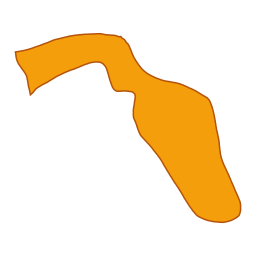 the district of Wadi Al Ayn, Hadramawt, Yemen
{"feature_id": "15242507B59999910917568", "entity_name": "Wadi Al Ayn", "entity_type": "district", "adm_level": 2, "iso_a3": "YEM", "parent_name": "Yemen", "parent_adm1": "Hadramawt", "projection": "albers", "projection_center": [48.371, 15.441], "detail": "fine", "context": "isolated", "style": "filled", "palette": "amber", "viewbox_px": 256, "rotation_deg": 0, "n_neighbors": 0, "source": "geoboundaries", "source_scale": "gbopen_adm2", "svg_char_len": 5567}
<svg xmlns="http://www.w3.org/2000/svg" viewBox="0 0 256 256"><path d="M236.4,193.1L235.5,191.3L234.8,189.5L234.6,189.0L234.1,187.8L233.6,186.5L233.4,186.0L232.5,184.1L231.8,182.5L231.0,180.7L230.3,178.8L229.4,176.9L228.6,174.8L227.7,173.0L226.7,170.9L225.9,169.1L225.4,168.1L225.0,167.2L224.0,165.1L223.2,163.2L222.5,161.4L222.1,160.4L221.8,159.4L221.2,157.4L220.7,155.4L220.3,153.3L220.1,151.4L219.9,150.2L219.8,149.6L219.8,148.9L219.7,147.8L219.4,146.0L219.3,144.2L219.1,142.2L218.8,140.2L218.6,139.0L218.4,138.0L218.2,137.1L218.0,136.1L217.8,135.0L217.5,133.7L217.4,133.2L217.1,131.8L216.5,129.6L216.3,127.8L215.9,126.0L215.8,124.9L215.7,124.2L215.3,121.8L214.9,119.6L214.7,118.2L214.6,117.6L214.2,115.9L214.2,115.6L213.8,113.7L213.6,113.1L213.4,112.1L212.8,109.7L212.2,107.4L211.4,105.2L210.8,103.6L210.1,101.7L209.0,99.8L207.7,98.4L207.5,98.1L206.0,97.1L205.6,96.9L204.5,96.2L202.9,95.4L202.3,95.0L201.7,94.6L200.5,93.9L199.6,93.3L198.7,92.8L197.9,92.2L197.0,91.7L195.4,90.8L194.4,90.3L193.5,89.8L191.4,88.8L189.1,87.9L187.6,87.1L185.4,86.1L183.8,85.4L182.1,84.7L180.3,84.0L179.0,83.6L178.6,83.5L178.0,83.3L177.3,83.2L176.4,83.0L174.6,82.6L172.7,82.3L171.0,82.0L170.9,81.9L170.1,81.8L168.6,81.5L166.5,81.2L165.9,81.1L164.6,80.9L162.7,80.3L160.9,79.8L160.2,79.5L158.9,79.1L157.0,78.3L156.3,78.1L154.6,77.4L152.6,76.4L151.2,75.7L150.5,75.4L150.1,75.1L148.8,74.4L146.9,73.2L145.3,72.0L143.8,70.7L141.9,68.9L140.6,67.4L139.8,66.3L139.6,66.0L139.3,65.7L138.7,64.9L138.3,64.4L137.8,63.6L137.3,62.8L136.0,61.0L135.9,60.7L134.8,58.9L133.6,56.8L132.6,54.6L132.3,53.8L131.7,52.5L131.5,51.8L131.2,50.9L130.4,49.1L130.3,48.9L129.5,46.9L129.0,45.8L128.6,45.1L127.7,43.6L126.3,42.5L125.7,41.3L124.5,39.7L121.9,37.9L121.6,37.7L121.3,37.3L121.1,37.0L121.0,36.9L121.0,36.7L120.9,36.5L120.7,36.5L120.1,36.6L119.7,36.7L119.4,36.7L118.5,36.7L118.0,36.5L117.5,36.2L115.7,35.6L113.9,35.3L112.0,35.2L110.3,35.1L108.6,34.9L108.1,34.9L106.4,34.8L105.9,34.7L104.5,34.5L102.2,34.0L100.5,33.7L99.9,33.7L98.8,33.7L96.7,33.8L94.7,33.9L92.4,34.0L90.6,34.0L88.7,34.1L88.4,34.2L86.5,34.2L85.7,34.3L84.5,34.3L82.8,34.5L82.3,34.5L80.5,34.7L79.8,34.7L77.6,35.0L75.4,35.2L73.5,35.5L72.4,35.7L71.0,35.9L69.3,36.4L69.3,36.2L54.5,39.8L53.9,40.0L52.3,40.6L50.7,41.3L49.7,41.7L49.1,42.0L48.2,42.3L47.4,42.7L45.6,43.3L43.9,43.8L43.0,44.2L42.3,44.5L40.1,45.4L38.0,46.1L36.0,46.8L35.4,47.0L34.3,47.4L32.4,48.1L32.2,48.2L31.5,48.4L30.0,48.9L28.8,49.2L28.4,49.4L26.7,49.8L24.3,50.4L22.4,50.8L20.1,51.2L18.3,51.5L15.9,51.9L15.4,52.0L15.5,52.5L15.8,54.5L16.0,55.7L16.0,56.3L16.4,58.4L16.9,60.2L17.3,61.2L17.7,62.3L18.5,63.7L18.5,63.8L19.8,65.7L20.5,66.7L20.9,67.3L21.2,67.7L22.0,68.9L22.4,69.3L23.2,70.5L23.9,71.4L24.3,72.0L25.2,73.4L26.2,75.2L26.9,77.0L27.2,78.8L27.6,80.6L27.9,82.6L27.9,82.8L28.2,84.3L28.5,86.5L28.7,87.1L29.1,88.5L29.2,89.0L29.5,90.3L29.7,91.3L29.9,92.1L30.1,93.2L30.3,94.4L30.4,94.8L31.5,93.8L31.7,93.7L33.1,92.4L34.4,90.7L35.7,89.1L37.1,88.0L37.8,87.5L38.6,87.0L40.1,86.1L41.8,85.0L43.4,84.2L45.2,83.3L47.2,82.3L48.6,81.4L49.2,81.0L50.5,80.2L52.3,79.1L54.0,78.1L55.4,77.2L57.4,76.1L59.1,75.3L60.3,74.7L61.1,74.3L63.3,73.3L64.0,72.9L65.3,72.3L67.1,71.6L68.8,70.9L70.6,70.1L72.7,69.5L74.4,68.9L76.3,68.1L77.8,67.5L78.4,67.3L80.2,66.5L81.9,65.8L83.5,65.1L85.6,64.3L87.6,63.7L89.6,62.9L91.7,62.5L93.4,62.1L95.5,62.0L96.8,62.0L97.2,62.0L99.0,62.1L100.0,62.3L100.8,62.5L102.4,63.3L103.7,64.5L103.8,64.6L105.2,66.2L105.7,67.0L106.2,67.8L106.8,69.5L107.2,70.5L107.4,71.4L107.9,73.0L108.6,75.4L109.2,77.7L109.7,79.4L110.3,81.3L110.6,82.1L110.9,82.9L111.1,83.5L111.7,85.2L112.4,87.0L113.5,88.8L114.2,89.5L115.0,90.2L116.4,91.1L118.1,91.2L118.6,91.2L120.0,91.2L121.7,91.1L122.9,91.0L123.5,90.9L125.1,91.0L125.9,91.0L126.4,91.0L128.2,91.2L129.2,91.4L130.1,91.5L131.5,91.7L132.2,91.8L132.5,92.0L133.6,92.8L134.8,94.1L135.2,95.8L135.2,97.3L135.2,97.6L134.9,99.9L134.6,101.3L134.5,102.1L134.4,102.6L134.3,104.0L133.9,106.2L133.5,108.4L133.3,110.4L133.4,112.3L133.3,114.2L133.4,116.2L133.7,118.1L134.4,119.6L134.5,119.8L135.2,121.4L136.0,123.4L136.1,123.6L136.6,125.0L137.0,126.4L137.2,127.0L137.8,128.9L138.6,130.9L138.8,131.5L139.1,132.1L139.5,133.1L140.1,134.3L140.3,134.7L141.3,136.1L141.4,136.3L142.5,137.5L143.9,139.0L144.9,140.1L145.1,140.3L145.4,140.6L146.3,141.5L147.7,143.1L149.4,144.9L150.9,146.7L152.3,148.4L153.4,149.9L154.2,150.9L154.7,151.5L155.9,153.1L157.3,154.7L158.3,156.2L159.4,157.6L159.7,158.0L160.4,159.1L161.4,160.6L162.3,162.2L162.4,162.3L163.1,163.6L164.2,165.6L165.2,167.2L165.8,168.2L166.3,169.0L166.8,169.8L167.2,170.6L168.1,172.0L169.2,173.8L170.4,175.9L171.5,177.4L172.5,179.2L173.2,180.3L173.4,180.6L174.7,182.7L175.1,183.2L176.0,184.5L176.6,185.4L177.0,186.0L178.3,187.9L179.5,189.9L180.5,191.4L181.7,193.4L182.9,195.4L183.7,197.0L184.7,198.6L186.0,200.6L186.8,201.9L188.1,204.0L189.0,205.3L189.5,206.1L189.9,206.8L190.5,207.5L191.5,208.9L191.6,209.0L193.0,211.0L193.5,211.6L194.5,212.7L196.0,214.5L197.3,215.7L198.6,216.6L198.9,216.8L199.4,217.0L200.7,217.6L201.7,218.1L202.7,218.5L203.8,219.0L204.2,219.2L205.9,219.8L207.7,220.4L210.0,220.9L211.5,221.2L212.0,221.3L212.4,221.4L213.9,221.7L215.9,221.8L217.8,222.0L219.5,222.2L221.5,222.3L223.3,222.3L224.7,222.1L225.4,222.0L225.6,221.9L227.5,221.5L229.6,220.9L231.3,220.4L232.8,219.6L233.6,219.2L234.5,218.8L236.0,217.9L237.5,216.8L238.1,216.3L238.2,216.2L239.0,215.5L239.7,213.9L240.0,212.8L240.2,212.0L240.6,210.2L240.6,208.2L240.6,206.3L240.6,205.7L240.5,204.5L240.2,202.4L239.6,200.7L239.3,199.9L238.9,199.0L238.1,196.9L237.3,195.3L236.5,193.4L236.4,193.1Z" fill="#f59e0b" stroke="#b45309" stroke-width="1.5"/></svg>